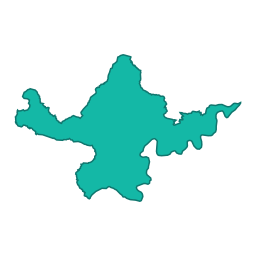 Lithipeng, Mohale's Hoek, Lesotho (Albers equal-area conic projection)
{"feature_id": "5366337B6317633557829", "entity_name": "Lithipeng", "entity_type": "district", "adm_level": 2, "iso_a3": "LSO", "parent_name": "Lesotho", "parent_adm1": "Mohale's Hoek", "projection": "albers", "projection_center": [27.697, -30.239], "detail": "fine", "context": "isolated", "style": "filled", "palette": "teal", "viewbox_px": 256, "rotation_deg": 0, "n_neighbors": 0, "source": "geoboundaries", "source_scale": "gbopen_adm2", "svg_char_len": 5807}
<svg xmlns="http://www.w3.org/2000/svg" viewBox="0 0 256 256"><path d="M185.3,149.0L187.0,147.0L187.4,145.8L187.2,142.7L187.4,141.4L188.6,140.6L189.9,140.4L191.2,140.8L191.9,141.4L194.0,146.0L196.1,148.2L197.2,149.0L199.5,149.1L201.4,147.3L201.8,144.8L201.6,141.5L200.6,138.0L200.6,136.2L201.3,135.2L202.4,134.9L208.2,135.7L211.2,135.6L212.5,134.9L213.4,133.6L215.6,131.8L216.2,129.6L216.2,126.3L216.9,120.9L216.6,119.4L216.0,118.2L216.0,115.1L216.5,113.7L217.5,112.4L219.5,111.4L222.1,110.9L222.6,111.1L223.5,112.2L225.2,116.4L226.5,117.6L227.7,117.4L231.7,112.3L235.3,109.7L237.0,107.5L239.4,105.1L240.6,103.1L240.6,102.5L238.1,103.8L234.8,103.3L233.6,103.6L230.8,106.1L229.7,106.6L227.8,106.8L226.1,106.3L222.0,104.5L218.7,104.6L215.7,105.5L211.1,105.0L209.8,105.5L209.2,106.3L209.1,107.1L206.9,108.2L206.1,110.5L206.1,111.6L205.7,112.1L205.7,113.3L205.2,113.8L203.7,114.2L202.5,115.4L201.4,114.1L200.9,114.5L201.0,112.5L200.3,112.4L199.8,112.8L199.0,112.0L199.1,111.2L196.8,112.0L192.9,111.3L191.7,112.3L191.5,113.2L188.4,113.5L187.7,114.2L185.7,113.5L183.4,113.4L181.9,112.7L180.1,112.6L180.7,113.6L183.3,116.1L181.8,116.9L181.6,117.7L182.2,118.0L182.9,119.2L182.7,119.8L181.7,119.9L181.1,119.4L180.3,119.9L179.8,119.7L179.7,120.7L179.2,121.1L180.2,122.0L179.9,123.3L178.8,123.5L174.7,125.1L173.8,125.0L173.3,124.2L174.4,123.3L173.8,121.8L174.9,121.3L175.0,120.9L176.0,120.2L174.7,119.8L173.1,119.9L172.3,119.4L166.8,118.3L166.0,117.7L165.3,117.6L164.0,116.0L163.6,114.6L163.9,114.2L165.7,113.0L165.9,112.3L167.1,111.2L166.9,110.3L165.9,109.0L166.1,107.9L165.7,107.4L164.4,107.5L164.8,106.3L165.3,106.1L165.6,105.1L166.5,104.4L166.5,103.7L165.9,103.0L165.9,102.3L164.5,101.2L164.0,100.3L164.2,98.8L164.6,98.3L164.2,97.2L163.6,96.5L162.7,96.2L160.4,96.3L159.7,95.4L158.8,95.0L157.3,95.1L156.0,94.6L155.4,95.0L152.9,94.3L151.4,94.9L150.9,94.0L149.1,93.6L147.4,92.0L146.3,91.9L146.0,91.2L143.1,90.0L141.9,88.0L141.2,87.8L140.7,87.1L140.5,85.8L139.4,83.4L139.9,82.2L139.5,81.4L140.5,80.2L140.7,78.9L140.4,74.0L140.8,72.4L140.5,71.9L140.7,70.5L139.1,70.0L138.3,69.0L137.6,68.8L136.9,68.1L136.9,67.7L135.9,67.2L135.6,66.5L134.9,66.1L135.1,65.8L134.9,65.5L134.2,65.2L133.9,65.6L132.7,64.6L132.1,62.4L131.7,62.7L131.0,62.4L131.0,62.1L131.5,61.8L131.5,61.4L129.9,59.4L130.8,57.6L130.8,56.8L124.6,55.1L123.1,54.8L120.4,55.6L119.1,56.6L117.8,57.1L116.9,61.5L114.6,63.5L113.0,64.4L112.2,68.1L110.7,68.6L109.5,72.6L108.4,75.1L108.0,77.4L108.2,78.2L107.0,81.4L104.6,82.7L104.7,83.2L103.6,83.5L103.7,84.1L101.0,84.4L100.7,85.2L99.4,85.9L99.3,87.3L97.9,87.2L97.8,87.6L96.6,87.8L95.7,88.9L95.5,89.7L96.1,91.6L96.1,92.8L95.7,93.5L90.8,97.2L90.3,98.2L90.1,99.6L89.2,100.9L89.2,102.0L88.3,102.4L87.2,105.4L86.3,106.0L83.4,109.1L81.0,112.3L81.3,113.9L82.7,115.6L80.2,118.3L78.8,117.3L76.4,116.9L73.5,115.6L72.0,116.3L70.7,117.5L69.5,117.6L66.8,119.2L66.0,119.2L64.5,120.6L62.8,121.3L62.2,121.8L61.5,123.4L60.8,123.3L60.0,122.5L59.2,122.5L58.7,121.9L58.7,121.4L57.3,120.7L56.5,119.8L56.5,119.0L56.3,118.4L55.8,118.3L55.7,116.6L55.2,116.6L54.9,115.3L53.3,116.3L52.5,115.2L50.1,113.9L50.2,113.3L49.0,112.4L48.4,110.2L49.0,107.9L48.0,107.4L46.2,108.0L45.7,107.8L45.3,106.7L44.4,106.8L44.1,106.0L43.0,105.1L42.7,104.2L43.3,103.6L40.5,103.0L40.2,102.2L40.4,101.8L40.1,101.3L40.1,98.8L39.4,98.2L39.6,97.6L39.5,96.3L39.0,96.0L38.6,94.9L37.9,94.5L37.0,91.9L35.2,90.1L30.3,88.8L30.3,89.0L27.8,89.7L25.7,91.6L24.2,92.3L22.6,96.6L24.1,98.4L27.7,98.8L28.7,99.8L29.4,100.0L29.2,101.9L28.5,103.2L29.9,105.1L29.7,107.0L27.7,109.9L24.3,110.8L23.3,109.8L20.9,110.8L18.4,111.0L17.6,110.1L17.2,111.1L17.4,112.0L17.1,112.7L17.4,113.7L17.2,114.5L16.5,115.3L16.0,116.6L15.4,117.0L15.8,118.3L15.6,118.8L15.9,121.3L15.5,121.8L15.6,122.3L16.5,122.6L16.6,123.0L16.0,123.2L16.3,123.8L17.3,124.6L17.8,125.7L19.2,126.3L20.6,126.4L21.1,126.9L22.3,126.4L23.3,125.1L25.1,125.3L26.1,126.0L27.2,126.0L27.8,127.4L29.8,128.7L30.2,128.4L29.9,127.7L31.2,127.9L32.5,128.8L32.7,129.5L35.7,131.7L35.6,133.8L36.3,134.5L37.3,133.6L38.4,134.4L42.5,134.7L53.2,138.4L53.9,138.1L56.5,139.9L57.5,140.0L62.8,140.3L63.5,139.6L66.5,139.7L67.1,139.2L68.5,139.2L69.5,138.5L70.9,139.9L72.3,140.0L73.6,141.8L78.2,141.5L81.2,142.4L84.4,144.2L86.4,144.6L86.9,145.1L90.1,145.7L92.2,145.4L93.2,147.9L94.9,149.3L94.9,151.2L95.4,151.0L95.9,153.2L96.0,154.8L95.7,155.5L94.8,156.2L94.7,158.9L93.7,159.1L93.4,160.1L91.8,161.6L90.1,162.5L88.6,162.7L88.2,163.3L83.4,163.0L83.2,163.6L82.1,164.2L81.0,164.3L81.5,165.8L80.4,167.1L80.4,168.4L79.4,168.9L79.2,170.2L78.9,170.3L78.7,169.7L77.8,169.9L78.1,170.9L76.0,172.6L75.7,174.1L76.5,174.8L76.5,176.2L77.1,178.5L76.6,179.4L77.3,180.1L78.0,180.1L78.0,180.4L77.2,181.0L76.9,182.3L77.8,184.9L78.6,185.3L79.8,188.1L81.0,188.6L81.5,189.5L82.2,189.4L82.7,190.2L82.8,191.3L83.8,191.5L85.1,192.7L84.9,193.0L84.4,192.9L84.7,194.0L84.3,195.1L84.4,195.7L85.3,196.2L86.4,196.3L88.3,198.4L89.4,198.8L90.2,198.1L90.5,196.9L92.0,194.8L95.9,191.4L102.0,188.3L106.2,188.5L108.5,186.6L109.9,186.7L110.7,187.4L113.5,188.3L115.3,189.5L116.3,189.8L120.3,193.9L121.8,195.0L123.1,196.9L124.9,196.9L126.7,198.3L130.2,199.6L135.5,200.1L139.8,201.2L140.7,200.9L141.3,200.5L142.8,196.7L142.6,195.0L142.1,193.5L141.2,192.3L138.4,190.8L136.9,189.3L136.4,187.6L137.0,186.1L143.8,183.5L145.4,183.5L148.0,184.2L149.5,183.2L149.8,180.7L150.9,180.2L151.0,179.8L150.7,178.0L147.0,174.8L146.4,173.1L146.7,170.3L148.4,168.0L148.4,166.7L149.5,161.8L148.5,157.9L146.2,156.8L142.8,157.3L140.5,156.1L139.9,154.9L140.5,153.0L143.0,151.0L143.6,148.2L144.9,145.8L147.3,143.9L151.8,139.5L153.5,138.8L154.8,138.7L156.5,140.0L157.3,141.3L156.5,151.3L156.9,153.4L157.7,154.8L158.8,155.4L161.6,155.7L167.6,155.2L170.0,154.1L171.4,151.9L174.3,150.8L175.4,151.1L176.6,152.9L178.8,153.9L181.1,154.1L181.7,153.7L182.5,151.2L185.3,149.0Z" fill="#14b8a6" stroke="#0f766e" stroke-width="1.5"/></svg>